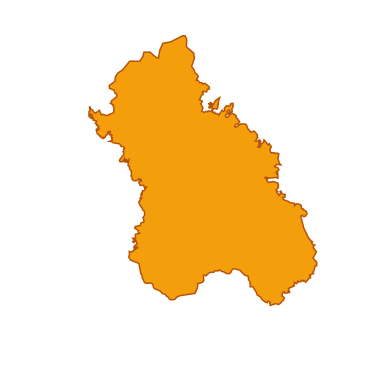 Tarlisua, Bistrita-Nasaud, Romania (Albers equal-area conic projection), rotated 323°
{"feature_id": "2599482B42096102689749", "entity_name": "Tarlisua", "entity_type": "district", "adm_level": 2, "iso_a3": "ROU", "parent_name": "Romania", "parent_adm1": "Bistrita-Nasaud", "projection": "albers", "projection_center": [24.155, 47.418], "detail": "fine", "context": "isolated", "style": "filled", "palette": "amber", "viewbox_px": 384, "rotation_deg": 323, "n_neighbors": 0, "source": "geoboundaries", "source_scale": "gbopen_adm2", "svg_char_len": 6047}
<svg xmlns="http://www.w3.org/2000/svg" viewBox="0 0 384 384"><g transform="rotate(323 192 192)"><path d="M240.1,330.3L240.4,328.7L242.8,327.8L245.6,325.2L247.3,325.9L249.4,323.0L248.8,317.7L255.5,314.6L255.2,310.2L255.7,308.9L258.1,308.2L257.0,307.4L256.9,304.6L258.3,304.1L257.7,302.8L257.5,298.6L259.6,287.9L264.3,276.9L266.0,276.7L266.2,278.8L268.1,279.6L270.8,278.6L271.6,276.3L270.8,273.9L270.0,273.1L270.6,272.2L269.7,271.0L271.2,268.1L270.4,266.4L268.3,264.3L265.7,264.6L267.1,262.9L263.9,259.6L263.4,257.7L260.5,253.2L260.9,250.9L263.1,252.1L265.0,249.9L263.5,249.2L263.0,247.1L263.6,244.8L262.5,244.8L261.8,246.8L259.5,247.2L260.1,245.4L259.4,245.1L259.6,243.1L260.7,243.1L260.1,241.2L264.0,240.3L263.8,239.4L265.3,238.6L265.4,236.8L266.0,236.6L263.1,232.4L258.8,230.4L258.7,227.9L260.1,227.2L259.3,226.5L258.9,224.5L259.6,224.4L261.9,227.3L267.8,230.9L268.9,232.7L270.8,230.4L270.5,227.6L271.8,228.5L271.9,226.7L272.7,227.2L274.8,226.5L275.1,224.1L273.2,221.2L276.2,220.9L279.2,223.8L279.1,221.7L280.8,216.9L284.3,213.9L283.6,212.2L282.1,211.7L281.5,210.4L278.5,208.0L280.0,204.5L282.6,203.8L282.8,199.9L281.2,200.3L280.9,193.7L279.0,195.3L276.4,195.5L273.7,197.2L271.8,195.9L273.7,195.4L273.6,194.4L276.3,194.5L275.2,193.2L275.9,193.1L275.5,192.5L275.8,191.9L277.3,192.8L277.4,191.1L275.3,191.1L273.3,189.3L277.4,188.1L277.4,186.8L278.7,185.7L278.3,180.7L275.1,179.7L274.7,175.1L275.9,171.0L275.4,169.7L271.8,166.9L265.9,166.8L265.4,165.3L268.0,164.3L269.8,165.4L272.4,164.4L272.2,158.6L273.3,157.5L271.3,152.7L265.5,153.6L264.4,153.3L264.4,151.9L265.6,150.5L269.9,152.3L270.1,151.5L268.7,151.0L268.2,149.1L270.9,148.8L270.5,151.2L271.5,152.0L272.8,151.7L273.5,149.9L276.3,148.5L278.1,145.9L276.8,145.7L276.3,144.7L273.7,146.1L271.5,143.9L268.0,144.7L267.5,146.5L265.7,146.6L265.4,144.8L259.6,146.7L259.4,144.6L257.2,143.0L258.1,142.1L256.2,140.4L259.2,138.0L262.0,140.9L263.4,140.2L264.6,138.1L265.7,138.1L266.9,136.2L270.9,133.2L265.6,133.1L261.7,135.1L261.3,133.7L260.3,135.0L260.8,131.9L258.5,131.5L258.4,132.3L259.7,132.5L259.6,133.3L256.6,134.3L256.4,135.5L258.4,135.9L259.0,134.7L259.9,135.8L256.4,139.4L253.6,137.0L252.7,137.4L251.8,136.1L249.7,135.8L248.4,133.4L251.6,131.0L252.0,126.7L254.5,126.2L254.8,124.9L253.4,123.0L253.7,122.7L258.3,120.2L259.5,120.9L260.7,119.2L260.4,118.3L261.4,118.2L263.9,120.9L265.9,119.3L267.4,120.2L268.2,119.8L269.0,118.3L267.7,112.9L265.8,112.5L265.7,110.8L264.0,109.4L263.9,106.2L262.8,105.3L266.6,103.5L266.8,100.7L266.1,98.9L267.1,95.6L267.3,91.5L274.6,86.5L276.9,81.9L275.0,73.5L275.5,71.9L279.6,67.0L280.5,63.1L278.7,61.6L265.5,59.3L258.3,55.7L251.7,59.3L246.0,64.7L245.3,64.5L244.1,61.9L242.6,54.9L237.7,51.4L234.6,54.1L228.9,56.2L220.9,50.0L210.4,52.7L204.6,52.4L200.3,53.8L196.9,57.3L190.1,57.1L188.5,59.5L190.9,63.6L190.0,67.2L190.8,68.0L190.3,69.8L189.2,70.5L182.3,70.8L181.8,71.9L180.1,72.1L181.7,75.3L180.7,75.7L180.3,77.9L177.1,81.4L169.7,79.6L167.3,76.0L166.0,75.9L167.2,71.0L162.6,71.0L161.8,69.5L161.9,66.6L161.1,64.4L161.8,62.7L161.2,62.5L159.4,65.8L158.2,65.7L155.7,69.1L157.9,68.8L158.5,70.0L157.3,69.4L155.4,70.0L155.8,72.6L156.3,72.7L156.3,71.6L157.9,71.7L156.8,74.1L157.3,74.6L156.4,75.1L158.5,78.1L156.1,79.1L156.9,80.2L155.4,81.7L156.4,81.3L157.2,83.3L155.9,83.6L156.2,84.5L155.3,86.3L153.4,85.4L154.4,85.0L154.3,84.4L153.1,84.4L151.3,88.8L152.0,90.2L151.8,91.5L152.5,91.9L152.1,93.8L153.3,94.6L152.8,96.3L153.6,95.2L155.1,96.4L153.9,94.9L155.5,96.1L157.3,95.1L161.2,95.0L161.8,94.6L160.3,94.1L161.4,93.3L163.1,94.4L163.0,95.2L161.4,95.3L160.8,97.2L162.2,97.9L162.1,98.8L160.8,99.2L160.3,100.3L161.1,100.2L161.0,100.7L160.0,101.2L159.7,102.8L156.6,101.9L158.2,103.6L158.6,105.2L163.2,110.0L162.8,113.1L164.2,114.0L164.7,116.5L163.3,116.5L161.9,118.4L161.1,118.4L161.2,119.6L159.3,121.2L154.0,122.6L152.9,123.3L152.8,124.7L155.3,126.1L158.2,129.2L158.3,127.8L155.7,126.2L156.5,125.4L156.9,126.7L158.3,124.9L158.1,126.2L159.1,126.8L158.6,128.4L161.1,128.2L157.0,132.0L157.1,134.1L156.0,136.2L156.2,138.5L153.5,142.6L152.9,142.5L152.9,144.1L151.8,145.8L152.4,148.2L155.1,149.8L157.7,149.4L158.8,151.2L158.1,153.0L157.2,151.0L155.1,152.7L154.6,155.6L157.4,157.5L156.8,159.4L158.7,160.4L157.4,161.2L156.6,160.5L155.6,161.8L154.5,162.0L153.1,161.2L150.8,163.7L150.7,162.7L149.5,163.4L148.8,165.3L146.7,165.7L146.5,166.4L147.3,166.8L143.5,167.9L142.4,171.6L142.4,175.5L141.7,176.7L142.5,178.5L140.4,181.9L137.2,183.1L137.0,184.9L135.5,186.9L132.5,186.0L130.4,187.6L126.0,185.4L124.5,186.5L126.0,190.5L124.9,191.5L125.2,193.4L121.3,191.7L118.9,195.0L116.8,193.3L116.8,194.1L118.2,195.2L117.0,195.2L117.9,196.8L117.4,197.0L117.1,196.0L114.8,195.9L115.1,197.3L116.5,196.2L117.0,196.9L116.6,197.5L117.8,198.3L116.9,200.5L114.6,200.3L114.4,201.9L113.4,200.3L113.5,201.5L112.6,200.8L112.2,201.3L112.7,202.3L114.9,202.5L115.2,203.9L111.8,203.6L111.7,202.6L110.4,203.8L107.2,203.3L106.1,201.7L104.8,203.9L102.3,205.9L102.0,209.7L106.6,217.0L101.9,226.5L102.0,228.8L100.4,230.7L100.4,232.7L99.7,234.6L100.0,236.8L104.9,240.6L105.0,242.5L103.9,244.7L103.8,246.5L107.0,251.9L107.2,255.3L109.1,257.5L108.9,259.5L109.6,261.7L109.6,264.6L111.6,266.3L113.7,267.4L116.7,266.8L120.1,267.6L133.4,274.8L138.8,271.7L141.4,268.7L145.9,270.4L148.1,269.9L150.6,265.8L152.2,265.8L152.6,267.3L157.6,266.9L161.3,269.2L163.0,268.7L164.9,270.5L167.1,271.0L167.8,273.1L169.7,275.5L170.1,277.4L172.3,279.5L174.1,279.8L177.9,278.0L179.7,278.8L183.1,283.3L184.0,290.0L186.2,293.1L184.4,296.0L184.3,298.5L181.4,302.8L183.5,303.9L183.1,310.6L182.1,313.5L183.6,317.6L183.0,319.8L184.3,324.0L185.6,325.7L186.4,324.9L187.4,325.2L188.0,327.0L186.9,327.8L186.3,329.8L191.8,331.6L193.4,334.0L196.0,334.0L201.1,333.0L202.1,331.7L201.4,329.3L203.5,327.1L205.3,327.0L205.2,328.7L209.6,331.0L210.0,330.1L209.3,329.0L210.3,328.8L211.1,327.1L217.0,328.5L216.8,327.7L218.9,327.0L219.4,325.9L220.6,328.1L222.2,327.9L222.8,326.9L224.6,329.1L226.7,328.6L227.0,330.1L228.0,329.8L228.6,332.5L233.8,331.3L234.9,331.9L235.9,330.8L235.5,329.4L235.9,329.2L240.1,330.3Z" fill="#f59e0b" stroke="#b45309" stroke-width="1.5"/></g></svg>